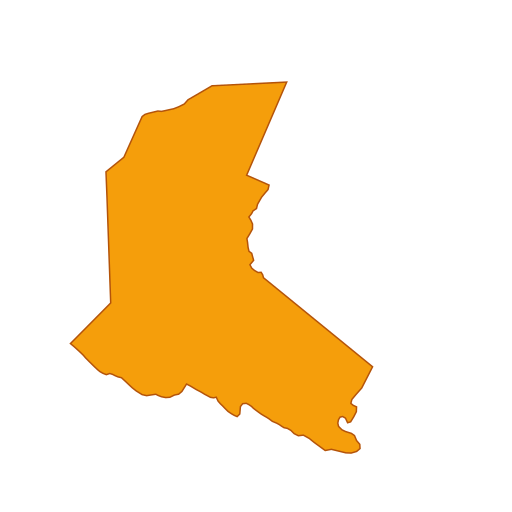 Macau, Rio Grande do Norte, Brazil, rotated 203°
{"feature_id": "56859067B94712622346809", "entity_name": "Macau", "entity_type": "district", "adm_level": 2, "iso_a3": "BRA", "parent_name": "Brazil", "parent_adm1": "Rio Grande do Norte", "projection": "robinson", "projection_center": [-36.568, -5.232], "detail": "fine", "context": "isolated", "style": "filled", "palette": "amber", "viewbox_px": 512, "rotation_deg": 203, "n_neighbors": 0, "source": "geoboundaries", "source_scale": "gbopen_adm2", "svg_char_len": 2015}
<svg xmlns="http://www.w3.org/2000/svg" viewBox="0 0 512 512"><g transform="rotate(203 256 256)"><path d="M363.0,395.5L369.4,386.9L379.6,373.3L381.4,367.9L385.6,363.0L389.4,359.3L392.7,357.0L396.3,354.4L399.5,352.2L403.0,351.1L410.8,345.3L413.5,343.0L415.3,339.9L416.2,295.3L427.0,274.9L416.2,252.0L371.4,156.0L392.6,102.9L388.3,101.6L383.7,100.0L379.0,98.3L376.2,97.2L373.0,95.6L368.1,93.6L364.3,92.1L361.0,90.8L357.2,89.4L354.5,88.6L351.0,88.2L347.4,88.3L344.7,90.7L341.8,91.0L339.1,90.8L335.8,90.8L332.3,91.4L329.8,90.5L326.7,89.4L324.3,88.5L321.9,87.6L318.3,86.3L313.6,85.0L309.8,84.4L306.7,83.9L302.1,84.7L298.8,86.8L294.2,89.6L291.7,89.4L288.1,89.5L283.8,90.4L280.1,92.3L276.8,96.1L273.2,98.6L271.3,102.3L269.9,111.0L265.7,110.7L262.2,110.2L258.6,109.7L254.6,109.4L252.0,109.1L249.5,108.7L246.0,108.4L242.7,108.1L239.6,108.9L237.4,110.5L234.2,107.6L230.9,106.0L228.2,105.0L225.0,103.6L221.0,102.0L217.0,101.2L213.7,100.8L210.6,100.8L209.2,104.2L211.5,111.3L210.6,114.8L207.4,116.6L204.4,116.4L201.4,115.8L198.9,114.8L195.8,114.0L192.9,113.3L189.4,112.5L185.9,112.0L183.2,111.7L180.3,111.2L176.4,110.2L171.5,110.2L168.6,109.9L165.8,109.3L163.1,108.9L159.8,109.6L155.7,109.1L151.5,107.4L146.8,107.1L142.4,109.6L135.8,108.9L129.5,107.1L116.3,104.0L111.1,107.5L96.4,109.9L91.4,111.8L87.0,115.4L85.0,119.4L86.9,123.2L91.3,125.4L95.2,129.2L98.9,130.0L105.1,129.4L109.0,129.6L113.4,131.4L115.4,134.1L116.1,137.5L115.7,140.5L113.5,142.1L110.3,141.7L106.5,138.3L104.1,140.3L103.2,146.2L102.8,151.9L104.5,156.4L108.1,156.5L111.1,157.4L111.7,161.4L109.9,167.4L107.1,175.8L105.4,199.6L240.6,238.9L242.5,241.3L244.9,243.0L247.7,241.6L251.7,242.1L255.1,243.1L258.2,245.6L256.5,251.1L258.9,254.1L261.0,256.8L264.3,257.6L266.7,260.9L269.2,265.4L271.2,268.5L270.4,273.8L269.8,279.5L271.7,284.1L274.7,286.9L277.8,289.1L276.6,293.3L276.4,296.3L274.1,299.9L274.8,304.2L274.3,308.6L273.8,312.5L272.4,317.2L270.9,321.9L271.7,326.4L296.2,326.7L295.7,428.1L363.0,395.5Z" fill="#f59e0b" stroke="#b45309" stroke-width="1.5"/></g></svg>